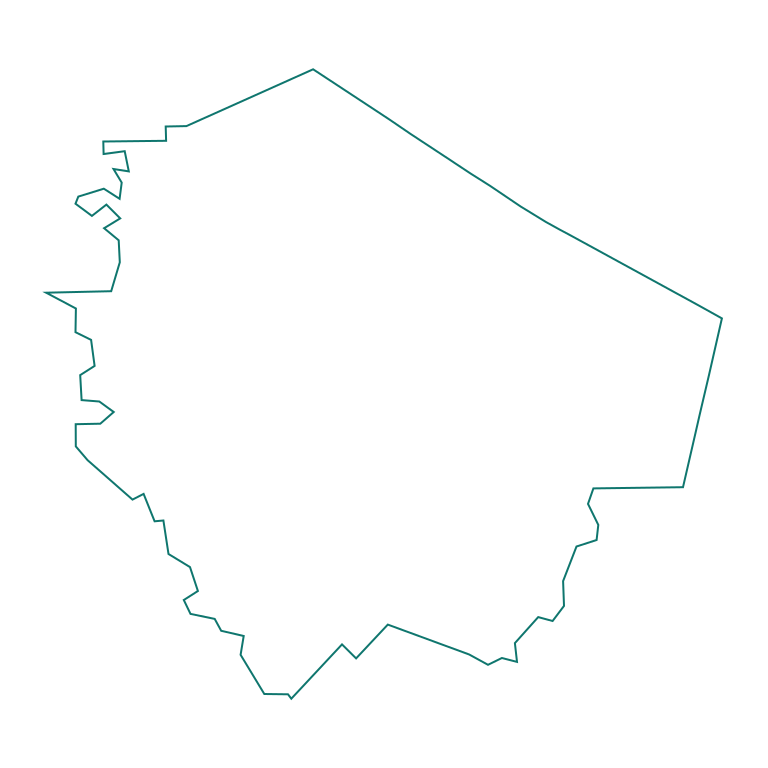 Fort Bend, Texas, United States of America (Robinson projection)
{"feature_id": "52423323B41825478999592", "entity_name": "Fort Bend", "entity_type": "district", "adm_level": 2, "iso_a3": "USA", "parent_name": "United States of America", "parent_adm1": "Texas", "projection": "robinson", "projection_center": [-95.832, 29.525], "detail": "fine", "context": "isolated", "style": "outline", "palette": "teal", "viewbox_px": 768, "rotation_deg": 0, "n_neighbors": 0, "source": "geoboundaries", "source_scale": "gbopen_adm2", "svg_char_len": 1155}
<svg xmlns="http://www.w3.org/2000/svg" viewBox="0 0 768 768"><path d="M291.3,698.7L342.0,644.4L356.1,658.4L387.8,624.6L469.2,654.5L488.0,664.8L501.9,658.0L517.0,661.9L514.9,643.1L538.2,617.1L552.6,621.0L564.0,605.9L563.1,581.1L576.5,546.5L596.6,540.0L598.3,524.9L588.0,503.9L593.4,488.4L683.0,487.2L695.4,433.4L699.6,415.0L702.6,402.2L709.0,375.0L721.9,318.4L699.3,305.8L572.2,236.3L560.6,230.1L546.1,222.1L545.3,221.6L520.8,206.6L490.0,185.8L471.0,173.8L454.5,162.9L453.2,162.0L410.5,133.9L389.1,119.3L327.1,78.5L313.1,69.3L186.4,126.1L165.7,126.5L166.1,140.8L103.3,141.5L103.6,154.0L124.7,151.2L128.8,171.4L113.5,169.0L121.7,182.6L119.6,198.8L103.8,188.7L78.3,196.6L75.5,203.7L91.9,215.9L106.4,204.6L120.2,218.4L104.1,228.2L118.7,240.3L119.8,262.3L111.2,291.2L46.1,292.7L75.9,308.5L75.5,332.2L91.1,339.9L94.6,365.9L80.2,375.1L81.6,400.1L99.3,401.5L113.7,412.0L100.3,423.7L75.7,424.2L75.8,446.4L87.6,460.2L132.5,499.6L143.6,493.9L154.6,521.3L163.4,520.5L168.5,554.0L190.0,567.1L197.9,591.0L183.8,600.0L190.5,613.9L214.7,618.9L221.2,630.8L243.7,636.0L240.6,654.8L264.3,694.0L288.0,694.3L291.3,698.7Z" fill="none" stroke="#0f766e" stroke-width="2"/></svg>